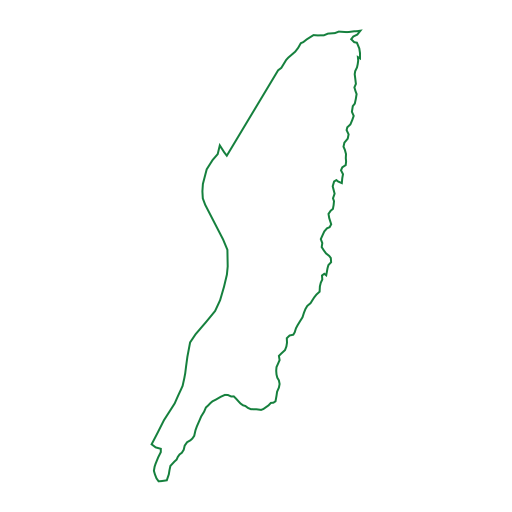 Maracaçumé, Maranhão, Brazil (Equal Earth projection)
{"feature_id": "56859067B12415775157700", "entity_name": "Maracaçumé", "entity_type": "district", "adm_level": 2, "iso_a3": "BRA", "parent_name": "Brazil", "parent_adm1": "Maranhão", "projection": "equal_earth", "projection_center": [-45.988, -2.007], "detail": "fine", "context": "isolated", "style": "outline", "palette": "green", "viewbox_px": 512, "rotation_deg": 0, "n_neighbors": 0, "source": "geoboundaries", "source_scale": "gbopen_adm2", "svg_char_len": 2749}
<svg xmlns="http://www.w3.org/2000/svg" viewBox="0 0 512 512"><path d="M300.8,43.2L298.2,47.8L295.2,51.7L288.3,57.6L286.2,59.9L281.3,67.9L278.1,70.3L226.8,155.7L224.2,152.3L219.8,145.4L217.7,154.1L212.6,160.0L206.7,169.3L202.9,183.9L202.4,191.3L202.8,198.4L205.2,204.8L223.1,239.5L227.4,249.8L227.7,266.5L226.9,274.6L224.0,286.8L220.1,300.2L215.1,311.0L206.4,321.6L195.6,334.2L190.1,342.4L187.4,356.7L186.1,366.2L185.2,373.4L184.3,378.2L182.6,385.9L180.8,389.9L179.3,393.1L178.1,395.7L176.9,398.4L174.7,403.4L170.3,410.3L164.0,420.1L157.7,432.6L154.9,438.0L151.6,444.3L155.7,447.4L160.8,448.8L160.8,452.1L158.2,457.3L155.6,463.7L154.6,466.7L153.9,470.8L154.9,474.3L156.5,478.4L158.6,481.3L161.3,481.1L164.2,480.7L166.8,480.3L167.8,477.3L168.8,474.4L169.5,470.1L170.4,465.9L174.5,461.5L176.6,459.6L177.8,456.9L179.6,454.4L181.8,452.8L183.7,449.8L184.7,445.6L187.1,442.2L190.4,440.3L192.3,438.6L194.2,435.9L195.5,430.2L196.9,426.3L199.8,419.7L201.2,416.4L204.1,411.7L205.9,407.5L208.1,405.5L210.5,403.0L212.5,401.3L215.7,399.7L220.9,396.7L224.9,394.9L227.9,395.0L231.2,396.5L233.8,396.4L236.1,398.7L238.8,401.7L240.5,403.5L243.0,405.3L245.4,406.0L247.9,407.9L250.9,409.2L256.6,409.3L261.1,409.9L263.4,409.0L268.5,405.4L270.9,402.9L273.4,402.7L275.5,401.3L276.5,395.8L277.1,391.7L278.9,387.6L279.6,384.0L278.9,380.4L277.3,377.7L276.5,374.5L276.2,370.8L276.5,367.1L277.9,364.0L279.6,360.1L278.9,355.9L281.3,353.5L285.0,350.1L286.4,346.4L287.0,342.7L286.8,338.2L289.6,335.5L293.3,334.7L294.7,332.3L296.0,328.2L297.6,325.2L300.1,321.1L302.5,317.3L304.0,312.6L305.5,308.9L307.3,305.9L310.6,303.1L312.4,300.2L314.2,297.4L316.5,294.5L319.6,291.7L319.9,286.3L320.8,282.7L322.3,279.5L322.0,275.5L324.3,273.8L326.2,275.3L326.9,271.7L327.5,268.3L328.4,265.1L331.1,262.2L330.8,258.0L329.2,255.9L326.0,253.4L323.8,250.4L321.7,247.1L322.3,243.1L320.8,239.1L322.2,236.0L324.3,231.4L327.0,228.3L329.6,227.2L331.2,224.3L329.2,218.0L328.5,213.9L330.7,210.7L332.9,208.9L333.6,205.2L334.0,201.2L333.0,198.3L334.6,193.7L332.7,186.3L334.1,181.5L336.3,180.1L338.1,181.5L341.8,183.1L342.3,178.0L343.0,174.2L341.0,170.3L342.3,167.3L345.7,165.1L346.1,161.6L345.8,158.1L346.0,154.1L344.9,149.9L343.5,146.7L344.4,142.6L347.7,138.7L348.6,134.4L346.6,130.1L347.3,127.3L350.4,124.4L352.3,119.9L353.7,115.9L351.9,111.8L352.8,106.1L354.8,103.6L355.8,99.0L356.6,94.1L355.5,91.1L354.4,87.4L355.9,83.9L355.2,78.1L354.7,74.2L355.2,71.1L357.0,67.4L357.7,64.2L358.2,60.6L357.9,57.1L360.0,58.4L360.0,53.1L359.3,48.5L356.9,42.7L354.2,42.2L351.2,39.2L353.3,36.5L357.3,34.6L360.4,30.7L357.0,31.2L354.0,31.3L348.9,32.0L346.4,32.1L338.8,31.6L334.9,33.1L328.0,33.6L323.9,35.3L317.5,35.4L313.5,35.1L310.0,37.3L306.7,39.4L303.3,42.1L300.8,43.2Z" fill="none" stroke="#15803d" stroke-width="2"/></svg>